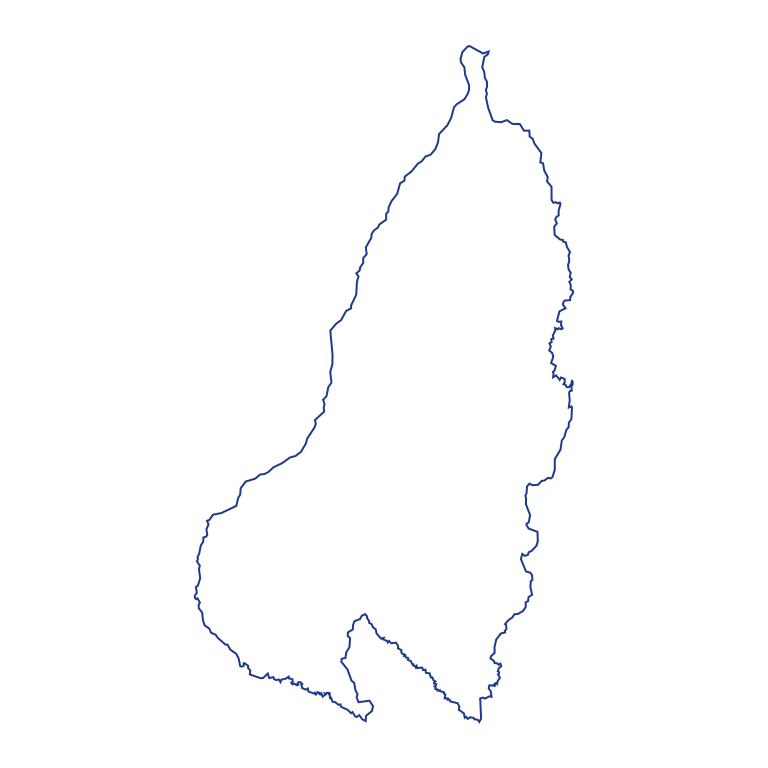 Amalfi, Antioquia, Colombia (Robinson projection)
{"feature_id": "7082276B96310661388282", "entity_name": "Amalfi", "entity_type": "district", "adm_level": 2, "iso_a3": "COL", "parent_name": "Colombia", "parent_adm1": "Antioquia", "projection": "robinson", "projection_center": [-74.989, 7.02], "detail": "fine", "context": "isolated", "style": "outline", "palette": "blue", "viewbox_px": 768, "rotation_deg": 0, "n_neighbors": 0, "source": "geoboundaries", "source_scale": "gbopen_adm2", "svg_char_len": 6103}
<svg xmlns="http://www.w3.org/2000/svg" viewBox="0 0 768 768"><path d="M486.9,81.7L484.8,77.6L484.3,72.0L482.2,67.4L484.3,57.0L487.9,54.2L488.7,51.5L483.0,53.5L469.7,46.1L467.7,46.5L462.4,52.1L460.5,58.9L461.0,62.4L464.4,67.4L465.2,74.9L469.1,85.2L469.0,90.2L467.7,93.8L464.5,99.2L456.6,104.3L454.0,107.3L451.1,118.1L447.2,125.5L439.1,134.0L438.0,142.3L435.4,149.0L430.6,154.7L425.5,156.5L421.7,161.3L417.8,163.7L411.4,171.6L404.8,176.5L404.4,180.7L400.1,183.3L397.2,193.8L391.6,201.0L388.7,207.1L388.3,211.5L386.2,213.7L386.1,219.7L379.2,224.6L378.1,227.3L373.5,230.9L371.6,234.1L371.3,237.8L365.8,247.5L366.7,254.1L363.2,258.2L363.2,263.0L360.3,267.1L359.5,270.7L356.4,273.3L358.5,276.6L357.0,281.5L356.2,294.8L351.1,305.4L351.1,308.3L346.1,311.0L341.2,320.0L336.3,323.6L330.3,330.6L332.5,354.7L332.4,364.1L330.2,372.1L331.5,382.5L328.3,387.1L326.5,396.2L323.1,399.7L324.5,404.1L323.7,407.9L324.2,411.6L315.0,420.0L315.8,423.9L314.5,427.5L307.2,438.6L305.8,443.7L301.0,451.8L295.5,456.0L289.9,457.5L282.4,463.0L273.5,467.3L268.4,472.0L264.3,474.1L260.1,474.5L255.2,478.7L245.7,481.5L240.7,488.2L240.2,494.6L238.2,497.8L236.4,505.8L221.2,513.1L213.0,514.7L209.3,520.0L207.0,520.8L208.5,524.4L206.4,529.4L207.3,534.9L206.0,536.7L203.4,537.5L203.2,541.7L200.8,545.5L199.1,554.0L197.6,556.7L197.9,559.5L196.9,561.4L199.8,565.6L199.0,569.3L200.2,578.3L197.9,585.6L195.9,587.0L196.8,592.8L194.8,595.6L194.8,597.7L196.1,599.1L197.5,598.3L199.9,602.7L198.7,604.7L198.7,608.1L202.2,612.6L203.0,620.6L204.7,625.4L209.3,628.6L211.1,632.8L215.7,634.8L217.9,638.0L225.6,644.7L227.5,644.6L230.2,649.5L236.3,653.9L238.7,658.6L240.1,665.9L241.6,666.7L243.7,665.7L243.7,663.3L244.6,663.2L248.1,665.8L248.1,668.1L250.2,670.3L249.8,674.4L260.6,678.2L263.1,678.0L267.8,673.5L269.2,678.0L273.4,677.2L274.1,679.2L276.4,680.1L278.8,679.5L280.5,682.1L281.3,679.7L285.7,678.7L288.7,676.7L288.9,678.4L292.4,679.2L292.8,682.0L291.3,682.7L292.4,684.3L294.7,683.8L297.1,685.3L298.2,684.7L297.4,683.8L298.5,682.2L300.6,682.3L302.2,683.9L301.2,684.6L302.3,688.2L305.8,689.6L307.9,688.5L308.4,691.5L314.6,693.7L315.1,692.8L316.0,694.5L317.8,692.1L319.1,693.2L319.9,692.3L319.4,694.0L320.2,694.5L321.3,693.4L322.7,696.6L325.3,694.6L324.8,693.6L326.2,694.1L326.7,692.8L328.6,692.8L328.9,693.9L329.6,693.4L330.1,698.1L331.0,697.8L332.6,701.8L335.1,702.1L338.5,704.8L340.4,704.4L341.1,706.8L347.6,709.8L351.0,713.2L352.5,712.1L355.2,716.5L356.7,717.0L359.3,715.2L362.3,719.3L365.7,721.1L366.1,715.7L371.9,711.1L373.0,706.1L369.5,700.7L358.5,702.2L356.6,697.3L357.5,694.0L355.5,690.3L354.2,682.9L351.5,680.7L347.5,669.5L341.3,661.7L341.7,658.8L345.5,657.9L346.2,652.4L349.4,647.3L350.1,638.1L347.8,636.3L347.9,632.4L352.9,629.4L352.9,625.5L354.4,621.3L360.0,619.0L361.8,615.7L365.2,614.2L367.2,616.6L366.9,617.9L369.1,621.0L369.2,622.9L371.6,624.1L373.0,627.4L375.7,629.3L376.5,633.3L380.8,638.5L383.6,638.0L382.8,639.2L387.1,641.0L387.7,642.5L389.1,641.0L391.3,643.3L396.0,642.7L398.1,646.0L398.0,648.3L401.5,650.2L401.2,652.1L402.3,653.8L404.5,654.4L404.0,655.8L405.3,655.5L405.7,657.3L408.2,658.1L407.9,659.8L410.8,661.1L412.3,664.2L413.5,664.4L413.3,665.6L415.3,666.1L415.7,667.3L416.6,666.0L417.0,668.0L422.2,667.6L423.1,670.1L425.4,669.6L426.0,672.9L429.6,673.3L431.0,677.6L432.5,677.5L433.5,680.3L435.4,681.4L434.0,682.7L434.5,683.9L436.2,684.1L435.5,686.6L434.7,686.6L435.8,688.0L435.4,688.9L437.7,689.6L437.6,690.6L439.9,690.2L440.0,691.1L444.0,692.3L443.9,693.6L445.3,694.4L444.7,698.3L447.8,698.3L447.6,699.7L449.6,699.6L450.2,701.4L457.6,703.2L459.4,706.7L458.8,709.7L464.0,713.5L464.7,717.7L466.1,716.8L467.8,718.9L470.2,717.2L473.6,717.9L474.4,719.3L477.5,719.6L479.3,721.9L481.1,718.5L480.2,698.4L483.0,697.6L485.0,698.6L489.4,696.3L491.5,696.8L490.7,691.1L488.7,688.4L489.4,685.3L494.4,685.8L493.9,684.8L495.1,684.6L495.0,683.5L496.3,682.9L497.2,683.9L497.6,681.2L499.9,677.7L498.0,674.5L499.0,673.8L499.0,672.0L497.8,671.3L498.8,668.2L501.2,666.3L500.9,664.7L500.3,663.6L498.7,664.8L497.4,663.4L494.5,663.0L494.1,661.1L490.4,658.4L491.2,656.0L494.6,652.9L494.5,647.1L496.2,639.6L500.8,633.5L505.1,632.4L504.9,631.0L506.4,629.0L506.1,625.0L505.1,624.1L508.5,620.1L512.3,617.5L514.4,614.3L518.0,613.9L522.9,611.1L525.8,606.9L525.6,602.3L528.1,601.1L528.5,597.1L532.1,594.8L530.4,587.2L530.8,581.1L532.4,579.9L532.0,575.0L530.3,572.7L526.0,571.5L520.9,559.0L522.3,553.9L524.8,555.9L527.8,554.9L528.8,552.2L531.5,551.0L536.5,545.7L537.8,541.2L537.5,531.9L528.6,528.5L526.5,524.9L526.5,523.8L528.8,522.2L530.1,515.1L525.9,504.1L526.1,498.3L525.3,495.7L526.6,493.0L527.0,486.5L529.5,483.6L532.4,485.2L538.0,484.8L541.6,481.0L544.4,480.5L548.0,477.9L550.8,478.4L552.5,477.0L554.8,469.7L554.8,459.1L560.5,449.6L561.8,440.5L564.3,437.1L566.3,429.9L568.6,427.3L568.9,422.5L571.4,419.1L572.0,407.4L571.4,406.4L568.8,407.5L569.7,400.4L569.1,392.9L569.7,391.2L571.7,390.7L571.4,386.2L572.6,384.6L572.6,381.6L571.9,381.0L571.4,383.7L569.0,387.2L566.7,387.1L565.7,385.0L563.5,384.1L564.8,382.3L564.6,378.9L561.0,377.5L559.7,379.9L556.2,375.5L553.1,377.3L553.6,373.6L552.9,372.0L554.5,370.5L555.9,365.8L551.1,363.1L553.3,356.7L552.2,352.9L549.2,350.5L550.8,346.5L549.4,343.4L551.5,342.3L551.4,339.0L553.5,338.6L552.8,335.5L555.3,330.5L555.1,328.1L557.8,329.3L558.6,328.2L561.5,329.2L562.7,328.3L561.0,325.4L561.3,321.5L558.5,321.9L557.0,320.7L559.5,311.3L565.5,308.3L563.0,304.7L563.2,302.6L564.8,300.5L570.1,300.2L570.3,297.0L573.2,292.7L572.8,290.7L570.6,289.5L570.8,285.1L569.3,281.9L571.7,279.3L569.7,277.1L570.7,272.6L568.7,269.8L568.0,265.1L569.3,260.9L568.6,255.5L570.0,252.1L566.9,246.9L565.8,242.3L563.2,241.6L563.0,240.1L559.9,239.4L554.7,235.0L554.2,226.7L556.8,223.5L555.2,219.5L556.4,217.0L558.7,215.4L558.6,211.1L560.5,203.7L559.7,202.6L557.5,203.4L556.0,202.2L553.4,202.8L551.6,200.1L551.5,186.7L547.1,181.5L547.7,177.0L544.2,170.5L543.1,163.4L540.3,162.4L541.4,153.0L534.5,143.7L532.7,138.9L529.7,136.6L529.3,130.6L524.0,130.7L519.8,124.0L512.4,123.9L506.9,120.1L501.2,122.2L495.0,121.7L492.7,120.3L488.2,107.9L485.9,97.3L486.9,93.8L485.9,89.9L487.1,86.5L486.9,81.7Z" fill="none" stroke="#1e3a8a" stroke-width="2"/></svg>